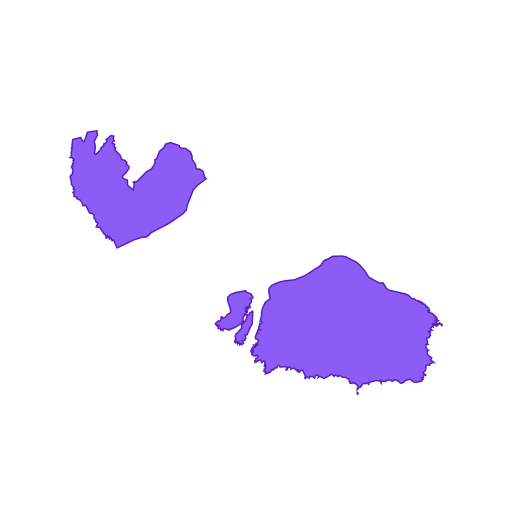 Klungkung, Bali, Indonesia (Mercator projection), rotated 335°
{"feature_id": "22746128B73073409478343", "entity_name": "Klungkung", "entity_type": "district", "adm_level": 2, "iso_a3": "IDN", "parent_name": "Indonesia", "parent_adm1": "Bali", "projection": "mercator", "projection_center": [115.486, -8.64], "detail": "fine", "context": "isolated", "style": "filled", "palette": "violet", "viewbox_px": 512, "rotation_deg": 335, "n_neighbors": 0, "source": "geoboundaries", "source_scale": "gbopen_adm2", "svg_char_len": 6123}
<svg xmlns="http://www.w3.org/2000/svg" viewBox="0 0 512 512"><g transform="rotate(335 256 256)"><path d="M317.2,289.3L317.2,288.7L314.9,289.3L310.4,292.0L291.9,294.5L280.7,293.8L270.5,290.4L264.8,289.3L257.6,289.3L254.1,290.9L252.3,294.2L250.9,300.6L244.7,302.0L239.6,306.3L236.4,310.6L236.6,311.4L231.9,317.2L233.3,317.6L232.8,319.5L230.6,319.1L227.6,323.0L228.6,324.6L226.5,323.9L224.6,325.8L225.2,326.8L223.7,326.5L221.2,329.2L220.7,331.1L222.2,332.1L222.6,334.0L219.6,335.6L218.3,335.1L219.8,336.7L219.7,337.5L216.3,335.8L217.3,338.1L216.4,338.4L214.8,337.1L213.5,338.1L214.0,339.1L212.6,338.8L213.1,340.7L211.3,339.8L211.1,341.4L212.3,342.1L210.8,342.7L210.9,344.7L213.5,346.6L214.7,346.1L215.4,347.8L214.0,349.0L212.5,348.7L211.4,350.5L210.6,350.3L210.3,352.1L216.3,351.9L216.1,355.1L218.8,354.4L219.2,355.4L218.5,357.7L216.5,359.6L218.4,358.8L217.9,360.0L218.8,360.6L217.3,360.4L217.0,362.2L215.7,362.0L215.7,362.8L214.5,363.4L215.4,363.9L215.0,365.5L215.8,365.5L214.8,366.8L217.3,367.3L218.5,366.6L219.4,367.4L222.8,365.6L223.5,366.6L225.9,365.5L227.7,366.2L228.6,364.8L229.9,364.5L230.9,365.2L230.9,366.8L236.7,369.1L236.6,370.9L234.5,372.2L236.3,372.1L238.2,370.4L239.2,370.6L240.1,371.8L239.7,373.3L243.0,373.7L244.0,376.0L245.5,376.7L244.9,377.3L245.9,377.5L245.1,378.4L245.8,379.7L249.1,378.5L249.8,379.1L250.1,386.2L248.9,386.6L248.9,387.9L250.5,387.3L252.2,388.1L252.5,389.2L253.7,387.9L256.4,389.3L257.5,391.5L259.3,389.5L260.8,389.4L261.9,391.7L261.3,392.3L262.8,391.9L266.1,395.7L274.7,395.2L276.1,398.1L276.7,397.5L278.0,397.8L279.3,399.9L279.6,399.3L282.1,400.5L283.1,402.4L285.5,403.4L288.2,407.2L287.5,409.6L288.4,409.9L287.6,411.1L289.2,412.1L290.3,411.7L292.3,413.8L293.4,417.0L292.8,418.8L295.1,419.1L299.5,416.7L301.8,418.3L302.8,417.8L303.8,418.4L303.6,420.5L304.9,418.4L312.0,419.5L315.0,421.4L315.8,421.0L315.8,424.2L317.2,422.4L319.9,424.4L323.0,424.1L325.6,425.3L326.3,427.3L329.6,426.8L332.2,429.6L333.2,432.4L336.0,433.0L338.8,432.0L342.6,432.5L343.9,433.3L345.3,436.3L347.2,438.0L353.4,439.4L354.5,438.2L355.4,438.3L354.7,436.3L356.2,436.8L358.3,434.7L359.2,434.9L357.7,432.5L358.3,432.9L358.3,432.3L361.5,431.2L363.7,427.4L365.7,427.1L367.2,428.4L367.4,427.5L368.8,427.1L369.8,427.5L370.9,427.0L372.2,427.7L370.4,424.1L372.2,422.6L369.7,417.9L370.8,414.5L372.4,414.6L371.1,410.5L372.7,408.3L374.4,408.8L374.0,407.5L375.0,407.0L375.7,403.0L376.8,402.4L378.0,403.2L380.7,401.5L380.7,397.4L382.1,398.6L382.7,396.7L384.1,397.5L383.3,395.6L386.0,394.1L386.7,395.2L387.1,392.1L389.4,392.6L393.7,391.7L391.5,390.1L393.6,389.8L393.8,389.0L392.5,387.6L393.4,387.2L391.7,382.8L388.4,379.6L388.6,378.2L390.2,379.0L390.5,376.4L389.3,374.0L388.3,373.9L389.0,372.8L388.0,370.4L386.7,369.9L387.1,368.9L385.7,368.8L386.2,367.2L384.4,366.3L384.8,365.6L382.6,364.1L381.1,361.2L379.2,360.7L377.7,356.2L375.4,353.5L361.7,342.9L360.6,340.6L359.8,334.0L356.9,333.0L355.0,331.0L349.2,322.8L348.2,315.2L346.1,307.8L344.0,303.4L337.0,294.6L333.7,292.3L325.4,288.7L317.2,289.3ZM120.8,133.3L120.5,137.4L123.1,138.3L123.3,146.5L125.6,148.4L126.5,150.6L125.1,153.6L126.0,155.1L125.3,157.1L126.5,159.5L123.5,162.1L126.5,164.3L127.6,171.7L128.4,172.4L128.2,173.7L129.4,174.6L128.3,174.7L127.8,176.6L130.9,176.3L130.4,178.7L131.9,178.0L132.1,181.3L133.7,181.2L133.5,189.9L152.4,189.8L160.0,190.8L164.5,192.4L168.2,191.8L170.7,190.5L190.3,189.7L207.2,186.9L212.0,185.1L215.4,180.7L227.2,169.5L233.3,167.0L243.6,164.9L242.8,162.5L243.8,156.9L241.4,153.2L240.0,152.9L238.7,151.2L239.8,147.4L239.0,142.0L239.4,139.7L240.1,139.3L240.6,133.9L237.6,128.8L233.9,126.7L232.6,125.1L233.1,123.5L226.6,117.2L221.3,116.4L218.2,118.9L212.9,120.3L207.0,125.9L205.0,126.0L204.3,128.4L201.7,130.7L197.7,133.0L192.2,133.4L179.8,138.1L178.1,138.3L177.7,137.2L175.9,137.4L176.5,138.6L172.8,144.3L169.5,137.7L171.5,132.8L168.7,130.1L168.3,128.3L168.8,127.0L173.7,125.5L178.1,122.7L178.6,121.4L178.2,119.5L177.0,118.2L178.5,116.7L177.7,114.2L175.0,111.5L175.5,107.3L172.8,99.8L174.6,98.8L173.5,96.7L175.1,95.1L173.4,92.8L174.9,91.6L176.2,91.9L176.2,89.3L177.8,87.2L175.2,85.4L171.3,87.0L169.4,86.9L169.5,88.5L168.0,90.1L165.6,90.0L164.1,91.9L161.6,92.3L159.7,94.1L153.7,96.2L152.9,95.0L156.7,88.9L157.8,83.8L163.5,79.3L164.7,75.3L155.6,72.6L148.7,79.8L147.7,79.1L147.0,74.4L139.2,73.0L135.9,78.0L135.7,79.7L134.4,80.0L133.9,82.4L132.3,83.8L131.8,85.8L130.3,88.1L129.2,88.2L131.1,89.5L131.6,92.2L130.6,92.1L130.4,93.5L128.1,95.7L127.9,96.8L126.5,96.8L126.4,101.8L125.4,102.1L124.0,104.5L122.4,104.4L120.8,106.1L120.5,109.2L119.0,113.2L119.8,117.0L118.7,118.0L119.5,118.8L118.9,120.1L116.9,121.3L117.6,122.0L116.3,125.1L118.6,127.0L117.9,128.3L120.1,130.9L120.8,133.3ZM216.7,280.1L212.8,281.6L211.4,284.7L210.4,293.3L209.1,296.6L204.6,297.0L203.2,298.3L200.7,298.7L199.6,298.4L199.9,297.1L198.8,296.5L196.3,300.0L195.4,300.1L194.9,298.9L190.5,300.1L191.0,302.6L191.9,302.4L191.7,303.8L192.7,303.8L191.1,305.9L193.6,306.8L192.3,308.7L193.6,308.0L194.4,309.7L196.3,308.0L200.5,312.0L201.9,311.1L203.1,311.8L207.0,311.8L214.3,310.9L216.8,309.6L218.5,306.0L221.3,304.7L221.1,304.1L221.9,304.6L222.4,303.7L224.4,303.4L224.6,302.9L222.9,301.5L223.3,300.8L224.4,301.9L225.7,301.4L224.6,299.3L226.7,300.1L225.6,298.7L226.2,298.2L226.7,299.2L226.9,298.7L229.3,299.9L229.4,297.3L231.9,296.1L233.3,294.1L232.9,292.4L235.3,292.7L235.7,292.2L235.5,288.4L231.8,284.6L232.0,283.1L222.4,280.6L216.7,280.1ZM229.5,304.6L226.4,305.0L224.6,306.5L222.9,305.5L221.7,308.0L218.3,310.9L217.8,310.4L213.8,312.5L212.4,315.4L204.5,318.5L203.2,319.9L202.3,323.8L201.4,324.4L201.2,323.8L200.4,324.9L200.6,326.1L202.9,326.0L202.2,327.8L204.0,326.8L203.7,329.7L205.2,329.0L205.6,330.3L207.7,329.9L207.8,326.9L210.2,327.8L211.9,326.3L212.7,323.3L214.7,323.6L221.2,317.6L223.5,316.4L229.4,305.5L229.5,304.6ZM388.0,393.4L390.3,396.0L394.4,394.2L388.9,393.8L388.0,393.4ZM394.8,395.3L394.2,395.5L395.1,395.9L394.7,398.2L395.7,396.8L394.8,395.3ZM289.8,424.2L290.6,423.4L290.1,422.5L289.6,423.4L289.8,424.2ZM291.1,420.0L292.3,419.4L292.3,419.1L291.3,419.2L291.1,420.0ZM359.1,436.3L359.4,435.8L359.2,435.3L359.1,436.3Z" fill="#8b5cf6" stroke="#5b21b6" stroke-width="1.5"/></g></svg>